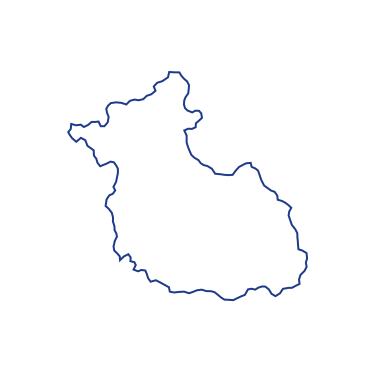 the district of Rio Espera, Minas Gerais, Brazil, rotated 29°
{"feature_id": "56859067B5369977360361", "entity_name": "Rio Espera", "entity_type": "district", "adm_level": 2, "iso_a3": "BRA", "parent_name": "Brazil", "parent_adm1": "Minas Gerais", "projection": "albers", "projection_center": [-43.501, -20.858], "detail": "fine", "context": "isolated", "style": "outline", "palette": "blue", "viewbox_px": 384, "rotation_deg": 29, "n_neighbors": 0, "source": "geoboundaries", "source_scale": "gbopen_adm2", "svg_char_len": 2549}
<svg xmlns="http://www.w3.org/2000/svg" viewBox="0 0 384 384"><g transform="rotate(29 192 192)"><path d="M220.9,289.9L225.0,288.6L229.2,285.6L233.4,283.0L238.4,282.0L241.2,279.0L243.9,275.6L247.9,272.7L252.6,271.7L257.0,269.4L260.5,268.7L264.6,269.4L268.7,270.2L272.6,270.4L276.3,268.5L280.5,266.6L283.3,262.6L285.6,259.4L288.1,256.4L288.2,250.0L290.9,247.8L294.6,246.7L296.5,243.4L299.0,240.7L301.9,239.2L306.4,239.9L310.9,242.5L315.5,242.6L318.1,237.9L318.5,232.6L322.7,229.2L325.9,227.3L328.1,223.9L330.6,220.2L328.0,216.6L327.1,211.9L328.7,206.3L328.5,201.9L325.8,198.5L324.9,194.4L321.8,189.9L316.9,189.7L312.9,190.5L310.4,186.9L308.1,183.3L306.0,180.3L304.1,177.0L300.4,174.5L295.3,172.4L291.3,168.8L287.9,165.7L286.5,162.0L286.5,157.7L282.6,156.7L279.0,156.2L275.2,156.2L270.7,157.2L268.4,153.9L264.2,151.8L260.5,152.4L257.0,152.0L252.0,151.4L246.5,147.7L242.6,144.1L239.4,141.3L236.1,140.7L232.0,141.1L229.2,138.1L225.5,140.6L223.5,143.4L221.0,147.3L219.8,152.6L219.2,157.3L216.0,159.4L211.7,161.4L208.2,162.7L203.4,164.8L198.1,162.0L193.0,161.8L189.1,162.8L185.6,162.6L182.3,161.0L177.6,160.9L173.5,159.9L170.2,157.4L166.6,154.5L163.3,151.3L160.0,145.3L155.4,141.9L158.0,138.5L161.4,136.8L163.8,133.6L162.1,130.0L163.3,126.8L164.8,122.3L161.9,118.7L158.7,117.6L155.5,119.3L153.6,122.3L148.5,122.9L145.2,122.0L142.5,119.3L140.8,115.6L140.4,112.2L140.9,107.6L139.3,103.7L137.6,100.0L133.9,97.6L130.0,96.8L126.2,95.4L123.0,93.5L118.3,96.0L113.9,98.1L115.4,103.3L112.3,109.5L108.6,113.3L107.4,118.2L111.0,121.2L109.0,126.3L105.8,129.8L104.4,134.4L100.9,137.6L96.8,139.1L93.5,142.4L92.1,147.3L87.0,148.3L82.1,150.4L77.9,153.6L76.7,157.3L76.7,160.8L79.3,163.9L82.8,166.9L84.5,172.0L83.5,176.9L80.3,178.7L76.1,175.7L73.3,177.7L70.2,179.4L68.7,183.6L65.9,187.6L62.2,187.0L58.2,189.9L53.4,191.0L55.4,195.7L54.7,199.6L57.5,201.4L61.2,203.1L66.4,204.2L68.6,198.5L73.5,198.4L78.2,202.3L85.8,203.2L88.6,207.7L92.3,209.4L95.1,212.2L99.2,214.0L103.3,208.9L106.1,204.9L109.3,203.9L112.7,205.5L115.8,207.5L117.9,211.1L119.2,215.2L120.7,220.1L120.8,225.6L124.1,227.9L123.6,232.0L121.3,235.0L120.9,239.9L123.2,246.1L127.4,247.1L132.0,249.1L135.3,252.6L137.1,256.1L140.7,259.5L142.9,263.0L145.9,264.9L148.0,267.5L148.2,272.2L149.8,277.7L152.4,280.9L156.5,282.0L160.0,283.3L162.1,286.5L163.7,281.3L166.5,277.3L170.1,279.0L171.7,282.4L175.6,281.3L178.2,283.1L178.5,288.2L183.2,287.5L185.6,284.7L189.3,283.3L192.4,285.8L195.3,288.6L199.3,290.5L203.2,286.7L208.4,286.5L213.4,286.5L218.0,286.5L220.9,289.9Z" fill="none" stroke="#1e3a8a" stroke-width="2"/></g></svg>